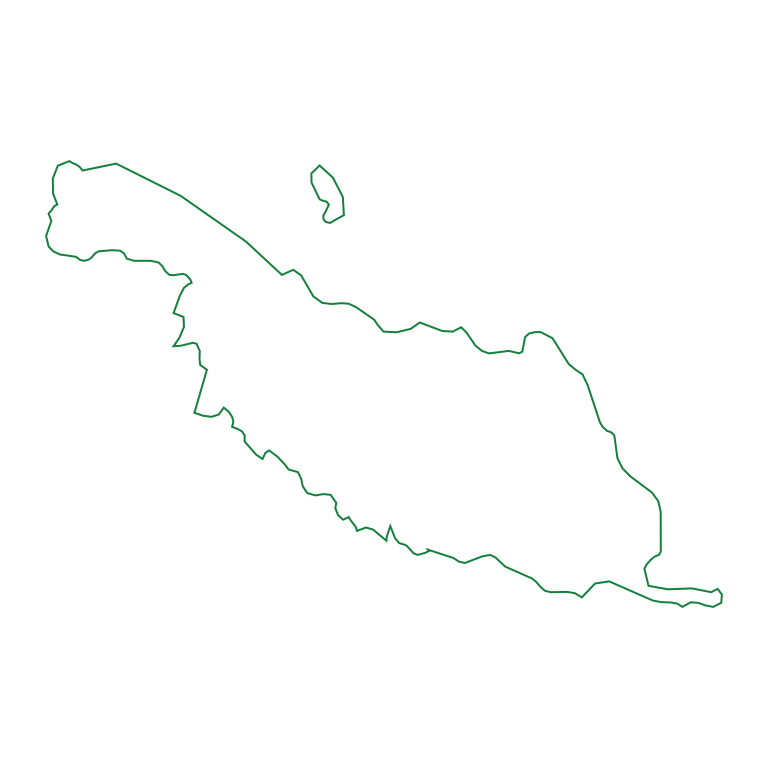 the border of Makira
{"feature_id": "SLB-3509", "entity_name": "Makira", "entity_type": "Province", "adm_level": 1, "iso_a3": "SLB", "parent_name": "Solomon Islands", "parent_adm1": "", "projection": "robinson", "projection_center": [161.795, -10.523], "detail": "fine", "context": "isolated", "style": "outline", "palette": "green", "viewbox_px": 768, "rotation_deg": 0, "n_neighbors": 0, "source": "natural_earth", "source_scale": "10m", "svg_char_len": 2599}
<svg xmlns="http://www.w3.org/2000/svg" viewBox="0 0 768 768"><path d="M711.1,592.2L717.6,588.9L721.9,594.5L721.3,602.7L713.2,606.9L705.1,605.3L698.0,602.8L690.7,602.3L682.2,606.9L677.6,603.7L671.3,602.5L661.0,602.1L652.7,600.5L609.2,581.4L595.1,583.5L581.8,597.4L574.9,593.2L567.2,591.9L550.7,592.2L544.8,590.7L540.4,586.8L536.6,582.3L532.0,578.5L505.2,566.6L495.4,557.4L490.2,554.9L482.5,556.3L464.8,563.0L459.1,561.7L453.4,558.0L428.0,549.7L428.9,551.0L425.4,552.8L417.6,554.9L413.6,553.3L407.4,546.5L405.2,544.9L399.2,543.1L395.1,538.3L390.3,526.1L386.9,536.3L386.4,540.7L373.1,529.6L366.0,527.5L357.0,530.9L355.5,526.5L351.0,520.8L348.7,517.1L343.1,519.7L338.1,515.2L335.3,508.1L336.3,502.9L330.6,494.8L323.4,494.1L315.3,495.4L307.2,493.0L302.8,486.4L301.1,478.6L297.9,472.1L288.5,469.5L285.4,465.1L277.4,456.6L269.1,450.4L265.4,452.9L262.5,459.0L255.9,454.4L244.6,441.5L244.7,435.6L242.1,431.5L237.6,428.9L232.1,426.9L233.4,421.7L232.1,416.8L228.9,412.0L223.8,407.6L218.8,414.5L211.5,416.8L203.0,415.7L194.4,412.8L206.9,369.8L200.2,365.0L199.5,358.4L199.8,351.1L196.6,343.8L192.9,342.8L180.6,345.8L173.6,346.2L179.2,338.1L184.0,326.9L183.5,317.0L173.6,313.1L179.8,295.8L184.0,287.7L188.3,284.4L191.6,282.8L190.4,279.6L186.1,274.9L182.8,273.9L173.2,275.2L169.5,274.9L165.3,271.2L162.6,266.5L158.7,262.5L150.6,260.8L134.1,260.8L126.9,258.7L124.2,253.7L120.3,250.7L111.8,250.2L98.8,251.3L95.1,253.3L92.4,256.6L89.2,259.4L84.5,260.8L80.2,260.0L76.1,256.8L60.1,254.5L53.6,251.6L48.6,246.5L46.1,236.1L51.3,221.0L48.6,213.5L51.6,210.2L53.0,208.0L54.4,206.1L57.3,204.5L53.1,193.7L52.8,178.6L57.8,165.7L69.4,161.1L72.6,163.1L76.0,164.5L79.5,166.8L82.6,170.5L116.1,163.6L180.7,195.9L246.0,241.6L281.9,274.9L293.3,269.8L301.1,275.3L313.4,296.5L322.4,302.9L331.9,304.0L341.1,303.2L348.7,303.7L356.3,307.3L374.3,319.8L377.7,324.9L383.5,331.6L396.6,332.3L410.8,328.8L419.7,322.5L442.3,331.0L452.7,331.6L461.2,327.3L466.6,332.7L475.5,345.7L481.9,350.9L489.0,353.4L508.8,350.9L519.2,353.3L522.3,351.6L525.1,337.1L529.1,333.5L534.6,332.2L540.4,332.0L552.5,338.2L568.7,364.0L575.6,369.8L582.5,374.4L587.6,385.0L599.9,422.2L602.7,426.9L607.1,430.9L611.2,432.3L614.3,435.3L617.4,458.0L622.5,468.4L630.4,476.4L652.0,492.6L658.3,501.2L660.7,512.0L660.8,551.5L658.9,554.9L655.1,556.3L650.6,559.9L646.7,564.4L644.4,568.6L648.5,585.8L667.8,589.3L692.1,588.4L711.1,592.2ZM325.9,211.0L328.9,204.6L326.5,201.7L322.3,200.5L319.6,199.3L311.5,182.5L311.4,173.4L319.6,165.5L332.9,177.6L342.8,196.9L343.9,215.1L330.1,222.9L325.8,222.0L323.5,219.3L323.3,215.6L325.9,211.0Z" fill="none" stroke="#15803d" stroke-width="2"/></svg>